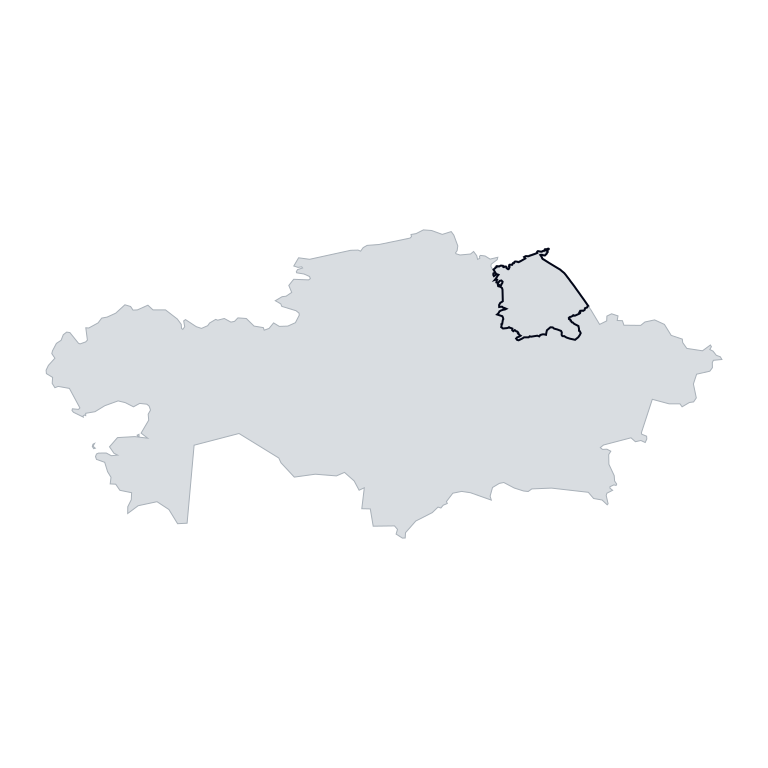 Pavlodar highlighted on a map of Kazakhstan
{"feature_id": "KAZ-3205", "entity_name": "Pavlodar", "entity_type": "Region", "adm_level": 1, "iso_a3": "KAZ", "parent_name": "Kazakhstan", "parent_adm1": "", "projection": "robinson", "projection_center": [75.843, 52.234], "detail": "fine", "context": "in_parent", "style": "outline", "palette": "ink", "viewbox_px": 768, "rotation_deg": 0, "n_neighbors": 0, "source": "natural_earth", "source_scale": "10m", "svg_char_len": 7586}
<svg xmlns="http://www.w3.org/2000/svg" viewBox="0 0 768 768"><path d="M447.3,503.5L443.2,505.2L440.9,508.0L438.0,507.1L432.3,512.6L415.8,521.0L405.5,532.7L405.2,538.0L402.4,538.1L396.1,534.1L397.5,529.4L394.5,525.9L373.2,526.2L370.3,508.9L361.8,508.7L364.3,487.8L359.1,490.2L354.2,481.0L344.5,472.4L336.4,475.9L315.3,474.2L294.3,477.1L281.0,462.8L278.8,458.0L239.0,433.5L194.1,445.2L187.1,523.2L177.6,523.7L168.9,509.5L157.0,501.7L138.2,505.7L127.7,513.5L127.8,506.7L131.3,499.7L131.6,492.7L119.9,490.3L115.7,484.2L110.2,483.9L111.0,477.3L107.6,471.7L104.7,462.3L96.5,459.4L95.5,456.6L96.5,454.0L98.5,453.1L106.2,453.0L111.3,455.7L117.6,455.1L113.9,453.2L109.5,446.8L117.5,437.6L134.8,436.6L147.7,438.2L141.1,433.1L148.7,420.2L148.2,414.2L150.5,410.1L149.2,406.2L146.9,404.2L139.7,403.4L133.5,406.8L125.2,402.6L118.1,400.9L104.8,405.7L95.0,411.7L85.7,413.3L85.7,415.6L84.5,415.0L83.0,416.1L83.3,417.1L73.5,412.3L72.0,410.5L72.4,408.8L78.5,409.4L79.9,407.9L69.4,388.4L58.2,386.4L54.9,387.7L52.2,383.4L52.6,377.4L46.4,373.6L46.1,370.2L48.4,365.4L54.9,358.2L51.8,353.6L52.5,350.8L56.4,343.4L61.1,340.3L63.3,334.7L66.7,332.1L69.9,332.6L78.5,343.3L80.1,343.9L85.7,341.9L87.4,340.1L85.8,327.8L88.8,328.0L98.1,322.9L101.7,318.1L107.1,317.1L115.7,313.2L124.9,304.8L130.6,306.5L133.0,310.1L137.4,309.9L147.9,305.2L153.0,309.9L165.5,309.9L177.3,319.0L181.2,324.3L181.5,328.4L182.8,329.4L184.7,326.8L183.7,320.9L185.5,319.6L196.3,326.7L201.5,328.4L207.7,325.7L209.6,323.0L215.7,319.4L217.7,320.2L224.3,318.5L230.9,322.1L234.5,321.4L237.9,317.9L246.3,318.5L254.1,326.1L263.3,327.6L264.2,330.2L269.1,328.4L273.6,322.9L279.3,326.4L287.8,326.1L295.4,322.7L299.3,315.1L299.0,313.1L296.0,310.7L281.8,306.4L280.8,303.9L275.3,300.7L282.1,296.7L286.1,296.2L291.7,292.4L288.8,285.4L293.7,279.3L308.6,279.9L310.4,278.6L309.5,276.5L304.0,274.0L296.7,272.8L296.3,271.8L297.5,269.6L302.6,268.0L301.7,266.8L298.0,267.4L293.8,266.0L298.6,257.8L309.6,259.3L350.7,250.3L358.1,250.1L360.6,251.2L363.2,247.6L367.1,245.4L379.0,244.5L410.0,238.1L411.5,236.6L411.0,234.5L416.1,233.6L423.4,229.9L431.6,230.5L442.3,234.4L451.2,231.6L453.8,235.1L457.8,245.9L457.1,250.7L455.5,252.9L456.1,253.8L460.0,255.0L470.6,254.0L473.6,251.5L476.7,255.7L477.6,259.4L479.8,258.3L479.5,256.3L480.5,255.4L485.1,256.0L490.1,259.1L497.8,257.3L497.2,259.7L491.2,264.2L490.9,266.5L492.8,269.6L500.0,266.0L505.7,266.9L507.9,268.7L509.5,265.4L515.7,261.8L521.9,260.4L524.4,258.8L525.3,256.4L547.6,249.1L544.8,255.2L541.0,255.1L542.1,257.7L564.2,273.2L590.8,309.7L599.6,324.4L606.7,320.9L606.9,316.1L611.6,313.8L618.0,315.9L617.2,320.5L622.4,320.7L623.9,325.2L640.7,325.4L644.9,322.0L654.6,319.9L664.4,324.4L671.2,335.4L682.3,339.1L682.7,342.6L686.8,348.4L702.5,350.8L710.4,345.0L711.4,346.7L709.8,349.5L713.0,351.1L716.3,355.3L720.3,356.8L721.9,359.5L713.4,360.3L712.3,362.6L712.4,367.7L709.8,371.2L696.6,374.2L693.4,384.0L696.3,397.9L693.6,401.9L689.4,402.5L682.1,406.8L679.9,403.8L669.0,403.8L652.3,399.3L641.4,432.7L641.7,434.2L646.6,436.2L646.8,439.0L645.2,442.5L640.9,440.5L635.4,441.7L631.0,437.8L603.5,445.0L600.3,447.6L602.5,449.4L606.9,449.2L610.8,451.2L608.7,454.6L608.9,464.3L614.2,475.6L614.6,481.0L616.7,484.1L616.1,485.4L613.8,484.9L610.0,486.7L609.9,488.1L612.6,490.3L606.9,493.2L606.2,495.5L608.1,503.8L607.2,504.8L602.1,500.0L593.6,498.5L588.3,492.3L551.5,488.1L531.8,488.9L528.2,491.5L523.6,491.0L514.2,488.0L503.8,482.5L499.3,483.4L492.5,487.5L490.1,496.2L491.3,500.1L470.4,492.7L461.6,491.4L452.8,493.2L446.4,501.6L447.3,503.5ZM95.3,448.2L93.7,448.7L92.3,446.5L93.0,444.2L94.6,443.4L93.0,446.2L95.3,448.2ZM139.1,436.5L137.7,436.1L137.1,435.2L139.0,434.3L139.1,436.5Z" fill="#d9dde1" stroke="#a8b0b8" stroke-width="1"/><path d="M548.2,248.7L548.6,248.7L548.8,248.9L548.7,249.3L548.4,249.5L547.1,249.8L546.8,249.9L546.5,250.2L546.3,250.5L546.5,250.7L547.3,250.9L547.6,251.1L547.7,251.6L547.7,252.1L547.4,252.5L547.1,252.9L546.8,253.2L546.6,253.8L546.5,254.0L546.3,254.2L545.9,254.5L545.7,254.7L544.9,255.5L543.9,255.4L541.9,254.8L540.9,254.8L540.6,254.9L540.3,255.0L541.9,257.3L542.0,257.6L542.2,258.4L542.7,259.0L544.1,259.8L546.0,261.0L549.0,262.9L552.0,264.7L555.0,266.5L558.0,268.3L560.2,269.6L562.1,271.3L563.0,272.0L564.3,273.1L566.1,275.3L567.2,276.8L569.0,279.1L570.7,281.5L572.5,283.8L574.3,286.2L576.6,289.5L579.0,292.8L581.3,296.1L583.7,299.4L585.5,302.0L587.3,304.6L588.1,305.7L587.7,305.8L587.2,307.4L584.9,308.3L584.9,308.8L584.7,309.8L583.9,310.4L583.0,310.9L582.4,310.6L580.2,310.8L579.5,312.1L580.3,312.2L580.1,313.1L579.3,313.7L575.1,315.6L574.0,315.7L573.6,315.2L572.9,315.4L572.5,316.0L570.7,316.9L570.1,316.9L569.2,317.5L568.9,317.9L568.8,318.0L568.9,318.3L569.1,318.6L569.4,318.8L569.2,319.2L569.6,319.4L570.0,319.5L570.4,319.8L570.5,320.4L570.5,320.6L570.8,320.7L570.9,320.8L571.0,320.8L571.1,321.1L571.5,321.9L571.7,322.1L571.9,322.3L572.5,322.3L572.9,322.6L573.0,322.7L574.1,323.8L578.4,326.0L579.0,328.7L579.0,330.8L579.8,331.2L580.7,333.1L579.8,335.0L578.3,337.2L575.1,339.8L570.0,338.7L566.4,337.5L564.2,336.1L562.9,336.2L561.9,335.6L561.6,334.4L561.8,332.4L561.0,330.9L557.4,329.5L554.1,328.6L552.7,327.4L550.4,327.3L546.9,330.3L546.4,332.5L546.0,334.8L544.0,334.3L542.2,334.4L541.2,334.8L540.4,334.9L539.3,336.4L537.3,335.7L531.0,336.7L529.7,336.3L528.7,337.3L524.1,337.3L522.5,338.4L518.6,340.3L517.1,339.9L516.1,338.5L516.8,337.9L517.1,337.4L518.8,336.8L520.6,335.7L519.3,334.8L518.1,333.6L518.5,333.2L518.0,332.3L517.2,331.5L516.5,331.5L514.8,330.1L513.3,331.2L512.2,330.2L512.4,328.6L510.6,327.9L509.5,327.7L509.0,327.2L508.1,327.8L506.9,328.1L503.0,328.5L501.2,327.1L501.6,325.7L501.4,324.2L502.2,323.9L502.8,320.1L503.3,319.1L503.1,318.1L502.7,317.0L502.3,316.2L497.1,314.5L498.2,313.5L499.0,312.4L499.4,311.4L501.0,310.5L503.4,309.7L504.9,309.5L506.3,308.8L504.5,308.0L502.7,307.5L502.3,306.8L501.2,306.7L499.2,307.0L499.1,305.0L500.3,302.8L501.9,301.9L502.8,301.2L502.5,289.7L502.0,288.0L501.5,287.6L500.4,286.8L498.2,286.2L497.8,284.5L498.4,284.6L500.1,285.4L500.6,286.2L501.3,284.9L501.6,283.9L502.2,283.3L502.6,281.7L501.4,280.5L499.6,280.9L498.4,282.6L496.4,282.3L496.7,280.5L497.1,279.7L496.3,279.4L494.8,279.9L495.3,279.3L496.7,277.4L497.4,276.1L498.5,274.8L497.6,274.4L497.1,274.5L496.7,274.2L495.9,274.5L495.0,275.4L493.9,276.1L493.3,275.0L493.4,273.4L494.4,272.9L495.4,272.7L493.5,269.6L494.6,268.6L495.0,268.3L495.2,268.2L495.3,268.0L495.4,267.6L495.5,267.4L495.9,267.2L496.0,267.2L496.4,267.2L496.5,267.2L496.6,266.8L496.7,266.5L496.7,266.4L496.7,266.2L496.9,266.2L498.1,266.2L498.3,266.3L498.9,266.5L499.1,266.5L500.3,265.8L500.8,265.6L501.3,265.6L501.9,265.7L503.0,265.8L503.3,266.2L503.3,266.6L503.3,267.0L503.5,267.1L504.0,267.1L504.5,266.5L505.7,266.5L505.9,266.5L506.1,266.8L506.2,267.1L506.3,267.3L506.6,267.4L506.5,267.9L506.6,268.2L507.2,268.6L508.0,269.2L508.5,269.2L508.8,268.9L509.6,267.0L509.6,266.9L509.4,266.7L509.1,266.5L509.0,266.4L509.2,265.3L509.3,264.9L509.6,264.7L512.2,264.8L512.3,264.6L512.6,263.7L512.8,263.4L512.9,263.2L513.1,263.2L513.9,263.2L514.1,263.0L514.2,262.7L514.4,262.1L514.5,261.8L514.7,261.7L515.2,261.5L516.6,261.6L517.1,261.7L518.3,262.2L518.8,262.1L520.9,261.0L522.8,259.9L525.3,258.5L524.1,257.0L525.2,256.4L525.8,256.1L526.3,256.1L528.0,256.3L528.6,256.2L529.4,255.9L530.4,255.5L532.2,254.9L535.0,253.9L537.2,253.0L537.0,252.6L537.0,252.2L537.1,251.9L537.4,251.5L537.7,251.2L538.0,251.1L541.2,251.7L541.9,251.6L542.9,251.0L543.3,250.9L543.5,250.9L544.0,250.9L544.5,250.7L544.6,250.3L544.6,249.9L544.7,249.5L545.0,249.2L545.5,249.2L546.4,249.2L546.7,249.2L547.9,248.7L548.2,248.7Z" fill="none" stroke="#020617" stroke-width="2"/></svg>